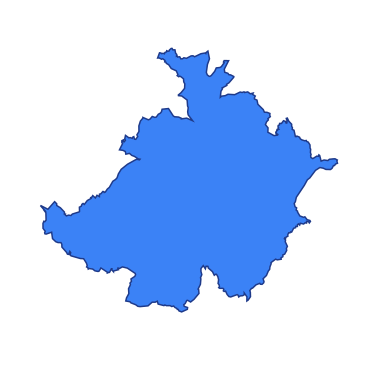 Tapalpa, Jalisco, Mexico (Albers equal-area conic projection), rotated 217°
{"feature_id": "50627088B26698937893318", "entity_name": "Tapalpa", "entity_type": "district", "adm_level": 2, "iso_a3": "MEX", "parent_name": "Mexico", "parent_adm1": "Jalisco", "projection": "albers", "projection_center": [-103.771, 19.947], "detail": "fine", "context": "isolated", "style": "filled", "palette": "blue", "viewbox_px": 384, "rotation_deg": 217, "n_neighbors": 0, "source": "geoboundaries", "source_scale": "gbopen_adm2", "svg_char_len": 5980}
<svg xmlns="http://www.w3.org/2000/svg" viewBox="0 0 384 384"><g transform="rotate(217 192 192)"><path d="M304.3,89.8L298.1,88.5L298.6,88.2L296.2,87.5L291.6,81.7L291.7,79.7L292.7,79.5L292.1,77.2L289.1,73.3L285.6,72.3L285.2,70.8L284.3,70.1L283.2,70.6L279.9,75.4L275.3,70.8L270.9,70.3L268.5,71.0L266.2,72.7L264.6,72.0L262.7,69.7L255.9,68.3L254.1,67.4L252.9,68.0L253.9,71.0L252.4,70.6L251.5,68.4L250.2,68.2L241.1,71.7L238.4,73.5L233.6,71.7L231.5,70.3L231.1,68.7L229.7,68.9L228.5,68.0L228.2,68.9L224.9,70.7L222.1,70.6L219.2,72.0L218.6,72.9L219.0,76.5L211.5,77.0L210.9,76.3L210.6,76.8L211.1,77.0L209.5,78.2L210.2,82.2L209.7,82.5L209.1,81.5L206.8,81.1L207.2,81.6L204.2,85.4L204.9,85.5L205.3,86.8L204.1,86.9L202.5,90.3L197.8,92.3L188.4,92.8L187.3,92.0L186.9,90.2L188.4,85.8L186.6,84.2L186.7,81.9L185.4,80.9L184.5,76.6L181.3,72.8L180.6,68.1L179.3,65.1L175.5,67.0L174.1,66.7L169.1,68.1L166.5,68.1L164.5,69.2L158.6,74.6L157.5,80.0L155.1,81.8L154.0,83.9L151.6,82.1L146.0,84.4L145.7,85.4L143.9,85.9L141.1,88.1L139.3,88.3L138.0,89.9L136.1,89.5L134.0,89.9L133.1,89.4L132.4,89.9L130.8,89.2L128.1,90.0L125.1,95.5L126.0,97.1L129.4,96.0L130.8,97.1L130.3,98.8L130.9,102.2L130.2,102.9L126.9,103.3L125.8,107.5L125.4,115.2L128.0,118.1L128.7,118.1L129.7,123.3L132.6,127.9L133.6,128.6L134.4,131.9L137.1,134.0L138.8,136.3L138.7,140.0L135.1,138.7L136.1,141.1L134.6,142.2L133.2,141.1L127.7,140.7L124.1,138.9L123.7,140.4L122.9,141.0L120.5,140.0L118.0,138.0L116.1,134.6L114.5,134.2L113.1,132.9L113.1,131.7L111.8,131.8L109.3,133.7L108.1,133.5L107.5,131.9L106.5,131.9L105.5,133.0L102.3,131.3L99.6,130.7L97.9,131.5L94.2,137.2L93.1,137.3L91.5,136.3L91.0,138.0L89.1,139.7L88.4,141.4L89.5,142.8L85.1,141.4L82.6,138.0L82.1,139.5L82.3,143.6L85.1,147.1L86.5,148.0L86.5,150.7L85.8,151.7L85.0,156.4L82.9,159.9L81.9,159.5L80.5,160.4L80.1,162.5L80.5,163.7L83.0,165.5L82.3,170.1L83.5,174.8L83.4,176.9L84.7,179.1L85.6,182.3L86.4,183.2L84.8,188.7L83.1,189.1L80.3,192.0L81.3,193.0L80.5,195.0L81.6,196.5L80.6,198.1L81.2,202.3L82.7,203.8L83.1,206.0L87.6,208.4L88.4,210.0L90.1,210.3L90.3,211.2L89.4,211.4L89.7,212.8L88.8,214.3L89.9,215.7L90.2,217.7L89.2,218.3L89.2,219.6L88.3,219.9L89.0,224.2L87.8,225.8L88.4,227.0L87.1,227.9L88.1,229.4L87.8,230.6L86.1,230.4L86.7,232.2L83.6,233.6L83.1,235.5L81.9,236.1L82.8,237.4L80.9,238.4L79.7,237.9L79.7,239.8L80.7,240.2L83.4,239.2L86.9,240.1L87.7,238.9L91.5,237.8L95.6,239.5L96.2,240.2L98.0,240.3L98.9,242.3L100.8,242.2L103.5,244.4L103.6,246.4L105.5,250.6L106.3,264.9L107.2,271.2L106.4,274.2L106.4,283.6L104.6,288.5L101.5,290.0L98.7,290.6L94.9,293.3L94.4,295.2L94.9,298.2L94.1,298.9L94.2,300.7L93.1,302.5L95.0,304.0L95.2,305.0L97.7,304.6L99.1,303.5L102.0,300.8L102.4,298.9L105.8,297.0L107.5,294.4L112.0,298.0L113.0,298.0L112.5,296.6L113.9,295.8L115.6,291.4L117.8,291.1L119.2,292.5L119.3,293.4L121.3,294.9L123.0,297.6L124.1,298.1L126.1,300.6L129.2,301.8L130.8,301.4L131.8,301.9L132.7,300.8L135.5,299.8L137.4,299.6L139.1,300.5L141.9,299.8L142.0,299.0L142.8,298.5L147.7,302.7L149.6,302.3L150.6,303.9L151.9,304.4L153.2,306.1L157.3,306.8L160.4,308.4L161.0,307.5L159.0,306.1L157.8,304.2L158.3,303.7L159.9,304.6L161.8,304.0L161.8,300.6L163.3,299.5L162.6,298.2L163.2,297.0L162.5,295.8L161.8,295.6L161.7,294.7L160.5,294.4L161.1,293.8L160.9,293.0L161.6,292.9L160.8,290.7L161.1,290.2L160.3,289.4L159.6,289.6L159.5,289.1L158.1,289.6L157.9,288.9L160.4,286.4L167.4,285.4L169.9,289.0L173.9,290.0L174.7,293.0L174.4,295.5L175.5,296.3L174.8,299.3L176.1,300.1L177.0,301.6L180.0,300.8L182.2,299.3L184.7,300.7L192.2,301.7L195.4,304.5L198.1,303.9L198.8,304.6L199.2,306.7L202.4,306.4L202.7,307.8L204.6,305.5L207.7,305.5L209.9,303.1L210.7,303.3L211.9,301.6L213.7,300.8L216.5,295.4L222.1,291.7L223.4,289.0L226.0,286.4L226.4,284.7L229.5,289.9L229.8,292.8L230.6,293.2L228.3,298.1L229.2,298.8L228.2,301.4L227.7,308.7L228.1,309.4L231.6,308.8L233.1,307.9L234.8,308.4L237.9,307.3L240.1,309.5L241.8,318.9L245.4,316.3L245.1,314.7L244.1,314.6L244.0,309.8L244.6,308.3L247.3,305.7L246.5,302.0L246.7,296.6L247.3,295.1L248.1,294.7L250.2,294.7L252.5,296.1L256.4,303.1L258.2,308.9L264.1,314.1L264.7,311.7L264.3,310.9L265.2,310.9L268.1,307.8L271.3,301.6L273.1,301.4L274.6,300.2L276.9,295.4L279.3,294.3L279.7,292.8L281.0,291.6L283.2,292.6L284.8,291.1L285.7,291.7L286.1,291.1L287.0,292.7L288.6,293.0L291.2,295.3L292.8,294.0L294.3,294.7L295.0,294.2L295.5,291.8L295.1,291.0L295.9,289.9L297.2,289.6L296.7,288.6L297.6,287.1L297.2,285.8L298.5,285.4L299.6,284.2L300.5,284.3L301.7,283.6L300.1,278.3L298.9,279.3L296.2,279.7L295.6,280.8L292.8,280.8L292.1,279.5L291.2,280.0L289.9,279.3L287.1,279.6L282.9,278.1L277.5,279.3L273.9,277.3L273.9,276.0L271.9,276.1L271.6,277.1L270.3,277.4L266.9,277.3L264.9,275.0L262.8,274.0L260.3,270.3L260.5,264.7L261.3,261.3L260.8,260.8L258.0,262.5L251.2,262.5L247.3,258.0L245.8,257.1L243.7,253.4L241.5,251.3L234.4,249.3L240.7,247.8L244.5,244.0L244.8,244.5L247.8,243.8L251.2,241.6L252.8,241.5L261.0,244.5L265.7,240.1L264.7,237.8L264.7,236.0L265.7,233.8L265.6,230.4L266.6,229.2L269.2,228.4L269.4,224.9L270.3,223.4L276.1,222.0L275.7,221.5L275.9,217.6L274.2,212.8L270.8,208.4L270.4,204.5L268.7,203.6L268.6,200.2L269.8,199.6L271.8,201.2L272.4,200.0L272.0,198.9L274.2,198.2L275.0,197.3L279.2,197.2L277.7,194.0L276.3,193.2L276.4,191.1L277.2,190.9L278.1,192.4L278.9,190.8L277.8,189.3L276.6,188.9L275.3,182.0L272.2,183.7L269.6,184.2L267.6,182.4L265.2,185.2L262.1,185.0L259.4,185.8L254.7,186.1L253.3,186.9L253.3,186.1L255.8,184.9L256.7,183.3L260.2,175.4L262.2,167.5L261.7,162.2L260.4,158.3L260.6,156.0L261.7,152.9L260.8,146.0L261.4,143.4L261.2,139.8L261.8,138.8L262.6,139.2L263.5,138.8L263.7,135.8L264.6,134.6L263.2,132.6L265.9,132.2L265.6,129.1L269.1,129.4L268.9,127.7L269.5,126.6L268.7,126.2L270.5,122.2L270.5,117.3L272.1,117.3L272.5,115.9L271.9,114.0L272.8,112.1L270.2,108.9L270.2,108.1L274.3,102.4L274.5,100.4L276.6,99.3L278.0,97.3L279.5,97.5L279.8,98.2L280.7,97.6L281.8,99.2L287.6,100.2L291.9,99.8L293.0,101.2L295.9,101.6L296.7,91.5L304.3,90.2L304.3,89.8Z" fill="#3b82f6" stroke="#1e3a8a" stroke-width="1.5"/></g></svg>